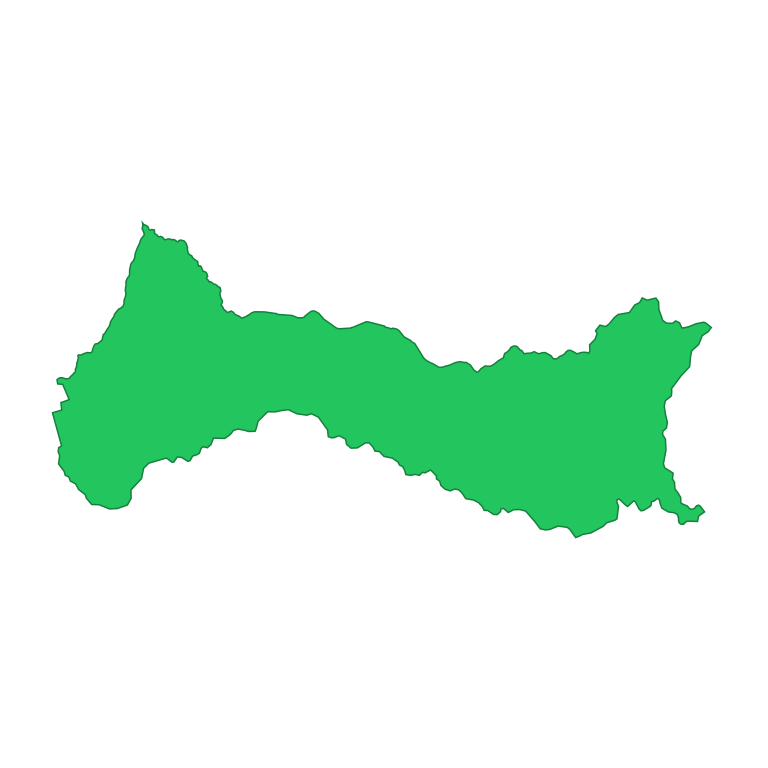 outline of Guichón, Paysandú, Uruguay, rotated 184°
{"feature_id": "84410073B13799426117968", "entity_name": "Guichón", "entity_type": "district", "adm_level": 2, "iso_a3": "URY", "parent_name": "Uruguay", "parent_adm1": "Paysandú", "projection": "robinson", "projection_center": [-56.915, -32.321], "detail": "fine", "context": "isolated", "style": "filled", "palette": "green", "viewbox_px": 768, "rotation_deg": 184, "n_neighbors": 0, "source": "geoboundaries", "source_scale": "gbopen_adm2", "svg_char_len": 6112}
<svg xmlns="http://www.w3.org/2000/svg" viewBox="0 0 768 768"><g transform="rotate(184 384 384)"><path d="M390.6,320.3L388.3,316.4L383.9,316.3L379.0,311.8L370.4,310.6L364.6,307.1L362.8,304.1L359.7,303.0L357.2,299.0L355.9,295.2L351.3,294.7L346.4,296.0L342.3,295.3L339.4,298.6L336.9,298.2L331.7,301.4L330.1,300.3L325.3,296.0L325.1,293.0L321.8,291.1L320.1,286.7L315.7,283.3L310.5,282.0L306.0,284.2L302.1,283.6L298.7,280.8L294.4,275.3L286.6,274.5L281.5,272.3L277.4,268.6L275.3,264.9L271.7,265.0L265.6,261.5L261.9,261.6L258.9,264.7L258.6,267.5L256.1,268.2L251.1,264.5L245.7,267.7L239.7,268.2L233.8,267.1L223.8,257.1L218.1,250.5L213.1,249.7L208.7,250.4L200.3,254.4L191.3,253.8L188.5,252.0L182.1,244.2L179.2,245.5L175.3,247.8L167.3,249.8L155.4,257.3L152.1,261.1L144.4,264.1L142.2,265.7L141.5,278.3L143.3,282.2L143.8,284.5L141.7,285.7L139.6,284.3L134.8,280.2L132.4,278.8L126.9,284.7L125.3,284.3L120.9,277.2L118.7,275.4L116.1,276.1L110.3,280.2L109.2,281.4L108.9,285.2L106.3,286.2L104.1,288.2L102.9,288.9L101.3,287.8L100.1,283.8L98.1,279.5L91.4,276.2L85.4,275.8L82.4,274.4L80.9,271.2L80.7,268.7L80.3,267.0L79.4,265.6L78.0,264.9L75.5,264.9L72.7,268.0L69.5,268.5L61.7,268.7L60.9,274.2L55.3,278.8L59.5,283.7L61.6,285.1L63.8,284.3L65.1,282.1L66.9,280.8L69.9,280.5L72.9,283.4L78.2,285.3L79.6,286.1L80.1,291.5L83.2,295.9L86.4,299.6L87.4,306.3L89.6,309.3L89.4,315.3L98.2,320.0L99.7,323.9L98.1,337.8L99.4,348.5L102.6,353.2L102.5,356.4L99.2,359.7L98.6,365.4L101.0,372.9L102.9,381.3L102.2,386.9L96.5,392.2L96.4,396.4L96.8,399.5L88.0,413.2L80.3,422.6L80.1,432.9L79.3,438.7L73.0,445.1L71.3,449.9L70.0,454.4L64.3,458.7L61.4,463.2L67.3,467.3L69.4,467.9L76.5,466.0L83.9,462.5L87.7,461.2L90.5,460.7L90.9,460.9L92.8,464.5L93.7,465.8L97.2,467.2L97.7,467.1L100.3,464.7L106.3,464.4L110.3,466.8L115.0,477.6L115.8,485.1L118.8,488.7L127.0,486.1L127.8,486.1L132.4,487.9L134.8,482.9L139.3,480.4L144.2,472.4L155.2,469.7L158.7,466.5L163.9,459.3L166.9,456.8L172.7,457.8L176.7,451.8L174.9,449.2L176.5,443.5L181.6,437.5L181.0,431.6L181.8,429.0L184.6,429.7L188.1,429.5L193.8,427.6L196.5,429.1L200.3,430.6L202.8,430.4L205.0,428.3L205.7,426.9L207.8,425.2L210.8,423.7L213.1,421.3L216.6,420.9L217.1,421.2L219.4,423.9L225.4,426.6L228.2,426.3L231.5,425.0L232.6,425.2L236.4,426.7L239.9,425.0L243.4,424.7L246.3,423.9L249.0,427.1L250.2,427.1L253.9,430.6L254.8,431.0L257.1,431.0L259.7,429.7L261.5,426.7L263.4,424.5L265.8,422.8L266.8,418.4L271.4,415.3L275.7,411.3L279.3,409.1L284.5,409.0L288.2,406.1L290.6,403.0L291.2,402.5L292.1,402.3L295.2,404.1L299.2,409.0L303.6,411.3L305.4,411.1L309.9,411.6L314.6,410.2L319.9,407.4L325.0,405.7L326.8,404.8L330.1,404.4L337.4,408.0L338.1,408.0L342.9,410.2L344.2,411.1L346.2,412.7L356.2,426.6L359.0,427.9L359.9,428.6L360.2,429.1L367.4,432.5L372.4,438.0L374.4,439.4L375.9,439.8L379.1,440.3L380.3,439.6L387.1,441.0L387.4,441.8L403.6,444.8L406.3,444.8L418.5,438.6L420.5,438.0L420.9,437.5L432.1,436.0L433.8,436.1L435.8,436.7L449.5,445.1L449.6,445.7L451.0,446.9L453.9,449.9L458.1,451.9L459.1,452.0L461.0,451.7L462.7,450.7L467.4,446.4L468.4,445.0L470.1,444.4L473.5,444.1L475.1,444.2L479.9,445.8L481.8,446.0L493.7,446.0L495.5,446.2L496.0,446.7L508.4,447.6L518.2,447.0L520.9,445.8L522.9,444.1L527.2,441.2L528.9,440.6L529.8,439.8L530.5,439.7L533.1,441.5L536.2,442.5L537.7,443.2L539.1,444.9L541.5,446.1L544.9,444.5L545.8,444.8L546.9,445.9L549.0,447.2L550.1,449.3L552.1,451.7L551.4,452.8L550.9,454.6L551.1,456.0L552.1,457.3L552.9,458.8L553.8,461.8L554.0,463.4L553.3,464.8L553.9,467.9L554.4,469.0L555.8,469.2L558.0,471.0L559.1,471.6L560.7,471.8L563.6,473.7L564.7,474.0L565.7,473.7L566.2,474.8L568.3,476.9L568.2,478.1L567.4,479.0L568.5,481.9L569.4,483.0L571.0,483.7L572.5,483.9L574.4,488.0L575.8,489.1L577.2,488.6L578.2,491.5L578.2,492.8L579.3,493.7L582.1,495.3L583.9,496.8L584.6,498.3L587.2,499.7L588.4,500.8L589.5,504.5L589.5,506.2L591.0,510.1L592.0,511.4L593.5,512.8L595.2,513.2L597.1,513.4L598.4,512.8L599.5,511.5L600.8,511.8L601.8,512.6L603.2,513.3L604.3,513.4L605.7,513.0L606.8,513.6L609.5,513.7L612.3,512.6L613.5,513.1L614.7,514.5L615.9,515.3L617.2,515.6L618.4,515.1L619.7,515.6L620.8,516.8L623.3,518.1L623.8,521.7L626.7,521.9L627.8,521.2L629.2,521.6L630.5,524.5L632.0,525.4L634.8,526.4L636.1,527.8L635.6,525.6L636.1,522.2L634.2,518.4L633.6,516.7L633.9,515.2L635.2,513.7L636.4,511.8L637.2,509.6L637.6,507.5L639.4,503.0L641.2,497.1L641.6,492.4L642.7,489.3L644.4,487.0L645.0,485.5L645.7,480.2L645.5,475.2L646.1,473.5L646.9,472.5L647.7,471.0L648.6,468.1L648.2,464.8L648.6,462.0L648.6,459.8L648.4,458.2L647.7,456.6L648.0,453.2L649.0,450.3L649.1,447.2L648.9,445.9L649.4,444.4L649.9,443.2L651.1,442.3L651.9,441.2L653.4,440.6L654.5,439.5L657.3,435.4L657.8,434.4L658.0,432.9L660.8,427.7L661.3,426.3L661.3,425.0L662.4,421.8L664.0,419.3L666.3,414.6L667.5,413.8L668.0,409.9L668.5,408.0L672.2,404.4L674.8,403.8L675.6,402.7L676.2,401.1L677.2,397.9L677.2,396.7L677.7,395.4L679.0,394.6L682.2,394.7L683.2,394.3L686.3,393.0L687.8,391.9L690.8,391.7L691.4,390.7L690.8,389.6L690.8,388.5L691.4,384.8L691.9,383.7L691.9,380.5L692.3,378.6L692.8,377.5L692.8,374.3L694.2,373.2L695.0,371.9L697.3,369.5L697.8,368.4L698.7,367.5L701.6,366.9L705.3,367.8L707.0,367.7L708.3,367.3L709.3,366.7L710.5,365.4L709.5,361.3L704.5,361.2L697.0,346.5L703.3,343.6L705.0,343.0L703.7,335.5L712.7,332.2L701.3,299.7L704.1,297.8L704.3,293.6L702.5,289.8L703.1,281.6L697.0,274.6L695.6,270.7L692.0,269.4L690.1,265.3L684.7,262.9L681.2,257.4L674.3,252.8L673.0,249.4L667.2,243.4L659.8,243.7L649.0,240.2L641.3,241.2L631.5,245.4L628.3,252.2L629.0,260.7L619.3,272.7L617.9,283.2L613.1,288.6L598.7,294.0L595.7,294.9L590.0,291.1L588.2,291.5L585.0,296.9L580.7,296.6L574.3,293.2L572.2,293.9L569.9,298.7L565.1,300.7L563.3,302.1L562.0,307.0L560.2,308.8L555.8,308.1L552.4,311.5L550.3,318.1L539.0,318.6L533.8,322.9L530.9,327.2L526.5,328.9L520.5,328.2L515.7,327.2L509.3,327.8L508.4,330.5L507.0,338.1L498.1,348.2L490.5,348.6L484.6,350.3L477.6,351.7L468.7,348.2L458.6,347.5L454.5,349.3L447.2,346.4L437.1,334.3L435.9,327.6L432.5,326.6L429.5,327.2L425.2,329.3L418.5,326.3L417.1,321.1L412.4,317.7L406.1,318.4L398.4,324.0L394.5,324.1L390.6,320.3Z" fill="#22c55e" stroke="#15803d" stroke-width="1.5"/></g></svg>